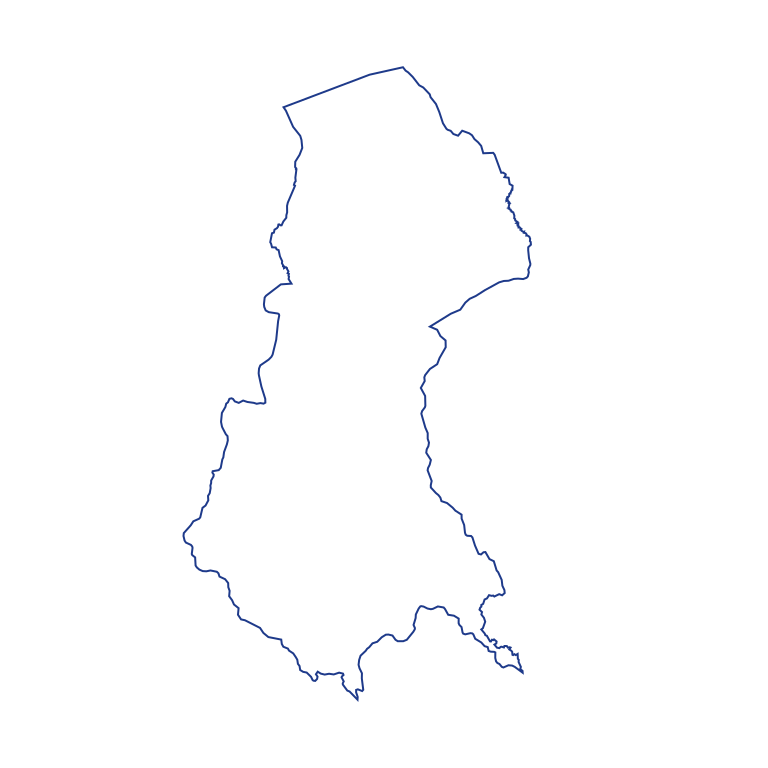 Laplae, Uttaradit, Thailand (Mercator projection), rotated 188°
{"feature_id": "78962969B92512161501034", "entity_name": "Laplae", "entity_type": "district", "adm_level": 2, "iso_a3": "THA", "parent_name": "Thailand", "parent_adm1": "Uttaradit", "projection": "mercator", "projection_center": [99.982, 17.658], "detail": "fine", "context": "isolated", "style": "outline", "palette": "blue", "viewbox_px": 768, "rotation_deg": 188, "n_neighbors": 0, "source": "geoboundaries", "source_scale": "gbopen_adm2", "svg_char_len": 6128}
<svg xmlns="http://www.w3.org/2000/svg" viewBox="0 0 768 768"><g transform="rotate(188 384 384)"><path d="M206.5,117.4L206.9,119.2L209.4,120.7L209.1,122.9L212.0,127.4L212.2,129.6L213.2,130.5L214.1,135.3L215.8,133.9L217.3,134.6L218.4,133.5L219.1,133.7L219.8,136.6L220.7,137.5L223.0,138.6L222.0,140.6L222.9,140.8L224.7,140.2L225.9,141.6L228.3,141.3L228.6,139.8L231.0,140.2L231.9,139.9L233.0,138.5L235.4,138.6L238.4,141.3L236.7,142.7L236.7,144.7L239.5,146.4L240.2,145.6L241.5,145.8L242.3,143.9L243.2,143.9L247.1,149.0L248.7,149.4L249.5,150.9L253.5,154.5L252.1,155.9L250.7,162.7L252.5,166.4L255.5,169.3L255.2,171.8L258.0,173.8L257.6,175.9L256.6,177.1L256.9,178.7L255.2,180.1L254.4,184.6L252.2,186.0L250.6,189.5L248.0,189.2L246.4,189.7L245.2,188.9L240.7,191.9L237.6,191.2L235.4,193.8L236.1,196.7L238.7,200.7L240.2,206.4L244.8,213.6L246.5,215.0L250.6,223.8L255.2,225.3L260.2,231.7L262.1,231.2L264.2,228.7L266.7,229.0L271.4,236.7L275.1,244.4L276.6,245.6L280.5,245.3L282.1,246.1L283.1,248.0L285.0,255.5L288.4,261.5L289.0,265.4L295.7,268.5L298.8,271.1L305.0,274.9L310.8,276.0L312.4,279.4L314.7,281.6L317.5,283.3L323.2,288.0L323.6,290.3L323.3,294.6L328.8,304.6L328.7,306.9L327.5,310.5L327.0,315.3L332.6,321.8L332.6,325.3L331.4,328.6L331.3,332.2L333.1,335.8L333.9,341.5L337.0,346.6L342.9,359.8L342.5,362.5L340.3,366.5L340.0,368.1L341.6,377.9L347.0,385.2L344.1,392.6L345.0,396.2L344.5,398.5L340.6,405.3L334.1,411.0L332.6,417.5L328.0,429.0L329.1,435.7L334.8,439.3L338.9,445.1L346.5,447.2L327.6,462.9L318.8,468.2L314.8,475.9L311.0,480.3L305.4,483.9L297.1,491.0L284.1,500.7L279.7,502.7L275.0,503.6L270.1,506.1L265.9,507.0L260.8,507.3L257.6,509.0L256.5,510.6L256.1,514.7L257.1,517.4L255.7,522.1L255.8,523.5L257.9,528.7L259.8,536.4L260.2,539.5L257.9,542.4L258.5,545.1L259.4,545.8L259.5,548.2L260.6,550.1L262.7,551.0L263.7,550.8L263.7,552.1L264.7,553.1L266.6,553.2L266.5,554.3L267.1,554.0L269.1,554.9L269.6,555.4L269.5,556.3L270.3,556.1L270.1,557.0L271.1,557.7L272.3,557.7L272.1,558.3L272.8,558.5L272.9,559.4L273.8,559.5L274.1,560.7L273.3,560.7L273.4,561.8L274.3,561.5L274.5,562.1L275.2,562.0L274.5,563.1L276.8,564.2L277.1,565.6L278.1,566.2L278.3,568.8L279.9,572.0L281.7,572.4L281.9,573.2L282.8,573.4L282.9,574.3L284.9,575.0L284.7,575.6L285.2,575.7L284.7,576.1L285.2,577.1L284.9,579.2L285.3,579.8L284.9,580.2L285.9,580.4L286.0,581.3L285.5,581.6L287.0,582.9L287.8,582.5L287.5,583.3L288.1,583.3L287.8,583.9L288.4,584.3L288.0,585.7L287.3,585.8L287.6,586.5L286.8,586.7L286.2,587.6L286.4,589.7L285.3,590.2L285.6,590.8L284.9,591.9L285.0,592.7L283.9,594.1L284.5,594.7L284.0,595.5L284.3,598.3L287.4,599.5L289.3,605.6L293.5,605.6L292.5,608.1L292.8,608.7L295.4,609.9L297.3,609.5L306.3,626.4L308.0,628.1L317.8,626.3L320.9,633.3L324.5,636.5L328.5,639.1L331.5,642.6L334.5,644.1L341.8,645.7L345.2,640.2L350.1,641.2L353.2,644.0L356.3,644.6L357.7,645.4L361.9,650.4L367.1,661.0L371.5,668.5L377.8,674.5L379.0,677.2L386.4,683.1L390.7,684.7L398.3,692.1L403.5,696.0L406.2,697.3L409.3,700.3L441.3,688.3L522.0,644.1L519.1,640.9L509.8,626.0L501.5,618.1L499.7,614.2L497.8,606.4L499.5,599.2L502.8,591.8L502.3,587.1L502.0,586.1L501.1,585.5L501.1,584.4L500.6,584.4L500.5,576.0L499.7,572.5L500.5,571.2L500.9,568.6L499.7,568.0L504.5,550.2L504.8,546.9L503.8,540.5L504.2,537.6L503.9,535.0L506.3,530.9L507.5,526.9L508.3,526.7L510.1,527.5L510.8,527.2L510.8,525.1L511.7,523.4L513.9,521.6L514.1,518.6L515.9,517.7L516.4,508.6L515.4,507.3L513.9,503.8L510.2,504.1L509.1,502.4L507.0,501.9L504.8,495.9L501.9,491.4L501.9,489.4L500.5,487.6L500.4,486.5L499.3,486.5L499.1,484.8L497.4,486.0L496.2,485.3L496.0,484.3L494.3,482.2L494.9,480.3L493.5,479.8L493.7,477.9L493.0,477.1L493.1,474.7L489.6,470.5L500.0,468.3L513.1,455.0L514.2,453.0L514.0,446.2L513.3,443.6L511.4,440.4L508.1,439.1L498.9,439.0L497.7,438.4L497.3,437.2L497.6,431.5L496.9,412.8L498.4,397.6L499.3,395.2L501.6,392.1L509.1,385.2L509.9,381.9L509.6,377.1L509.0,375.0L505.1,364.5L499.5,352.7L498.9,349.0L500.5,347.8L503.7,347.9L507.3,346.7L510.3,347.2L516.8,347.2L521.2,348.0L525.2,345.1L529.3,346.0L531.5,348.2L533.0,348.6L535.0,347.8L536.0,344.1L537.5,342.6L537.9,339.1L540.5,332.8L540.1,323.8L538.5,319.2L537.4,317.5L533.6,312.2L531.7,310.6L530.8,306.4L531.2,302.3L532.9,294.4L532.9,288.9L533.6,286.8L534.0,278.3L535.7,275.7L541.5,273.8L541.6,272.3L540.0,270.6L540.0,268.7L541.7,264.4L541.4,261.8L541.8,259.3L541.2,256.8L541.4,251.6L542.7,248.7L541.8,244.3L543.8,238.8L546.5,236.1L547.4,226.4L548.3,224.9L553.7,221.5L555.7,217.2L561.5,208.5L561.4,205.6L559.7,201.2L558.1,199.4L552.8,197.8L551.3,196.4L550.8,195.1L550.7,188.9L550.1,187.9L546.9,186.0L545.3,178.0L543.8,176.3L541.0,174.5L537.5,173.5L533.8,173.8L529.9,175.2L523.4,174.8L521.6,173.5L520.1,170.4L514.2,168.6L510.6,165.2L509.9,161.1L508.1,157.7L507.8,152.3L504.3,148.7L501.9,144.8L496.8,141.8L496.5,135.2L492.8,131.0L488.8,130.7L472.8,125.2L468.8,120.7L463.3,117.3L450.2,116.6L449.0,112.3L447.1,109.8L442.3,108.6L441.0,106.8L436.4,104.6L433.4,101.3L431.5,98.9L430.3,94.9L428.4,93.0L427.2,89.1L424.0,87.7L420.4,87.5L415.4,83.8L413.6,81.0L412.6,80.4L410.8,80.4L409.2,82.6L409.1,85.0L411.0,87.1L409.6,89.9L406.3,88.4L402.3,88.0L398.1,89.4L393.3,89.4L388.3,91.9L384.3,91.5L383.6,90.2L385.0,88.5L385.2,87.6L382.5,83.9L383.2,81.8L382.9,80.6L377.7,75.3L375.3,74.7L366.3,67.7L366.5,70.4L368.7,74.8L369.0,77.2L367.4,78.0L362.9,76.9L362.0,78.3L365.0,89.4L365.6,94.5L368.7,99.1L370.1,102.4L370.2,107.3L369.4,111.7L365.0,117.2L363.9,119.4L362.0,121.3L359.3,125.6L354.8,127.8L351.0,132.9L347.3,136.0L344.8,136.5L340.6,136.1L337.0,132.3L334.5,131.2L329.1,132.0L325.8,133.9L320.5,142.7L319.4,145.3L319.4,146.6L321.2,149.5L320.1,156.6L320.4,160.2L318.4,166.5L317.1,168.8L316.3,169.2L313.8,169.1L309.7,167.7L306.2,167.5L304.2,168.2L299.7,171.2L293.8,171.0L292.3,169.7L288.3,164.4L282.5,164.3L277.4,162.1L276.8,157.5L275.8,155.9L273.4,154.1L271.6,148.8L270.8,147.8L268.7,147.4L263.7,149.3L261.8,149.3L260.7,148.5L258.2,144.4L251.7,141.6L247.9,138.4L244.7,137.9L243.2,134.2L241.0,133.8L237.6,134.1L236.4,133.7L235.7,128.2L234.4,124.9L232.9,123.5L230.7,122.8L228.0,120.3L226.3,119.9L221.6,122.8L217.9,123.0L215.2,122.1L206.5,117.4Z" fill="none" stroke="#1e3a8a" stroke-width="2"/></g></svg>